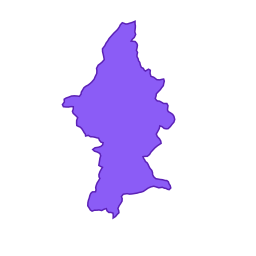 Borda da Mata, Minas Gerais, Brazil (Equal Earth projection), rotated 219°
{"feature_id": "56859067B81433489923688", "entity_name": "Borda da Mata", "entity_type": "district", "adm_level": 2, "iso_a3": "BRA", "parent_name": "Brazil", "parent_adm1": "Minas Gerais", "projection": "equal_earth", "projection_center": [-46.16, -22.254], "detail": "fine", "context": "isolated", "style": "filled", "palette": "violet", "viewbox_px": 256, "rotation_deg": 219, "n_neighbors": 0, "source": "geoboundaries", "source_scale": "gbopen_adm2", "svg_char_len": 3100}
<svg xmlns="http://www.w3.org/2000/svg" viewBox="0 0 256 256"><g transform="rotate(219 128 128)"><path d="M110.3,42.2L107.8,41.4L105.6,40.6L103.6,40.8L102.4,42.9L100.5,44.5L98.9,46.1L96.5,47.3L95.4,49.9L94.1,51.7L92.2,50.4L89.8,50.3L88.2,51.6L86.1,52.4L84.5,50.8L82.9,48.7L82.0,51.4L82.0,54.2L81.7,56.4L83.2,57.9L85.2,59.1L86.0,62.2L86.2,64.6L86.6,67.4L88.1,69.5L90.0,70.6L90.0,73.6L87.4,76.4L85.2,77.6L83.5,79.2L81.5,81.4L79.9,83.2L78.7,85.0L77.4,86.5L76.2,88.4L75.3,91.3L74.6,93.8L73.2,96.6L71.4,98.9L69.9,99.6L66.4,100.9L64.0,103.5L61.9,104.1L60.4,105.0L58.8,105.2L57.2,106.0L57.0,108.3L59.0,109.8L61.1,110.5L62.8,111.6L64.7,111.6L66.1,110.6L68.7,109.5L70.7,108.2L72.2,107.4L74.5,106.1L77.4,106.3L79.6,107.3L80.8,108.7L82.8,110.0L85.6,110.5L87.7,111.4L89.4,112.3L91.3,113.0L93.4,112.9L94.9,113.7L96.8,114.2L98.3,115.2L96.9,116.7L95.2,118.1L94.6,120.9L95.0,123.9L94.8,126.5L94.6,129.5L93.9,132.9L92.6,136.9L94.4,138.5L96.8,139.4L99.9,139.8L102.2,141.1L102.7,144.0L103.3,147.1L104.6,149.7L102.3,150.5L99.7,150.4L97.8,151.4L96.4,152.7L96.0,155.7L96.1,158.5L96.0,161.4L97.1,164.1L99.7,166.0L101.9,166.7L104.5,166.5L107.0,166.1L108.6,166.8L109.7,168.4L110.9,170.5L113.2,171.5L115.9,169.4L118.3,169.1L120.4,168.7L122.3,167.5L123.8,167.6L125.4,168.1L126.4,170.7L127.5,172.4L127.3,175.2L127.0,178.2L127.2,180.4L127.2,183.1L128.1,184.8L129.3,187.3L131.1,188.5L132.3,187.1L133.7,185.3L136.0,183.7L138.2,183.7L140.1,183.6L142.7,182.6L145.3,184.4L147.0,186.9L149.1,186.6L150.3,183.2L151.9,183.2L153.6,184.0L155.8,183.5L158.0,184.7L160.2,186.4L162.1,186.9L163.7,188.2L165.9,189.1L167.1,190.6L168.1,192.7L170.3,193.6L171.5,196.1L172.8,198.3L174.4,199.3L176.9,199.7L178.7,198.5L180.2,197.5L180.5,199.7L180.1,202.3L180.9,205.5L183.2,207.0L184.4,208.9L185.4,210.5L186.6,212.1L188.0,213.3L189.7,215.4L191.2,212.6L192.8,210.3L193.8,208.7L195.2,207.4L196.8,206.9L198.7,206.2L198.9,203.4L198.3,201.0L198.1,198.0L198.3,195.9L198.7,192.8L198.9,188.2L199.0,185.6L198.6,183.1L198.5,180.3L197.8,177.4L197.7,173.5L195.8,171.3L193.8,169.8L191.8,168.2L189.5,166.2L189.6,163.1L190.1,160.4L190.7,158.1L190.0,154.6L188.2,152.9L186.6,150.7L185.8,147.2L185.0,144.5L185.1,141.0L185.4,138.8L186.0,136.3L187.1,133.8L187.6,131.6L187.2,129.0L186.9,126.6L185.8,124.7L185.7,122.0L187.6,120.9L190.0,119.2L192.0,117.3L193.6,114.5L195.0,112.3L195.7,110.2L193.8,108.1L193.7,104.9L191.6,103.9L189.3,105.4L187.5,106.8L185.7,108.8L183.9,110.1L182.4,108.2L181.7,106.0L179.8,104.9L176.2,104.7L173.6,104.4L172.7,101.6L171.0,99.4L169.4,97.7L167.7,98.0L165.7,98.6L163.6,98.4L161.1,97.6L159.1,96.8L157.3,96.4L155.9,95.1L154.2,97.3L151.7,97.6L149.8,99.0L148.1,99.9L146.2,100.7L144.4,101.6L142.5,100.5L140.0,100.0L138.2,100.9L137.1,99.0L137.5,96.6L138.9,94.4L141.2,91.9L141.9,89.1L139.5,88.9L136.7,90.0L133.8,90.5L131.7,89.2L130.8,86.9L129.7,85.0L128.6,83.1L127.2,80.6L125.4,80.8L123.1,81.4L122.8,78.9L122.3,76.3L121.3,73.5L119.8,71.8L118.1,71.1L117.7,68.4L117.4,65.9L116.6,63.4L115.6,61.3L114.0,59.9L113.1,58.0L115.5,55.9L115.8,53.7L115.1,51.4L114.0,49.1L113.3,47.0L112.2,44.8L110.3,42.2Z" fill="#8b5cf6" stroke="#5b21b6" stroke-width="1.5"/></g></svg>